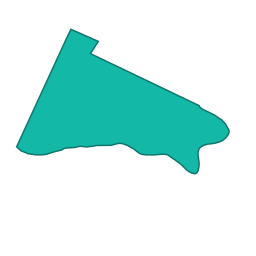 outline of Switzerland, Indiana, United States of America, rotated 25°
{"feature_id": "52423323B76202305495147", "entity_name": "Switzerland", "entity_type": "district", "adm_level": 2, "iso_a3": "USA", "parent_name": "United States of America", "parent_adm1": "Indiana", "projection": "robinson", "projection_center": [-84.951, 38.809], "detail": "fine", "context": "isolated", "style": "filled", "palette": "teal", "viewbox_px": 256, "rotation_deg": 25, "n_neighbors": 0, "source": "geoboundaries", "source_scale": "gbopen_adm2", "svg_char_len": 1015}
<svg xmlns="http://www.w3.org/2000/svg" viewBox="0 0 256 256"><g transform="rotate(25 128 128)"><path d="M34.4,70.7L35.0,192.1L40.0,193.7L41.4,193.9L46.0,193.5L48.0,193.6L55.4,191.4L59.5,189.6L63.2,187.6L65.7,185.8L70.9,181.0L77.4,175.8L77.4,175.4L79.0,173.3L80.1,172.5L88.5,167.8L91.1,165.6L93.1,164.5L98.3,162.7L103.8,159.4L106.9,157.1L114.7,153.4L120.0,150.8L125.3,146.4L127.1,145.3L129.7,144.5L134.8,144.0L142.0,144.6L148.7,146.1L151.6,146.0L155.2,144.9L163.2,141.3L169.1,137.8L172.7,136.1L175.4,135.6L189.2,138.0L193.3,139.2L198.7,141.2L201.9,141.8L205.1,141.9L208.1,141.1L208.9,140.3L209.4,138.6L209.5,136.6L208.5,132.6L207.3,129.8L202.6,122.5L201.3,118.8L201.3,116.0L202.4,113.7L204.2,111.3L207.0,109.0L213.2,105.1L217.1,101.6L217.5,101.2L218.7,99.7L219.9,97.6L221.0,94.8L221.6,91.7L221.3,88.9L220.7,87.9L220.0,87.1L214.6,83.1L209.0,80.9L206.1,80.7L201.0,79.7L187.5,79.5L184.4,78.7L183.3,78.0L183.1,77.7L62.5,76.5L64.5,62.1L34.6,62.7L34.4,70.7Z" fill="#14b8a6" stroke="#0f766e" stroke-width="1.5"/></g></svg>